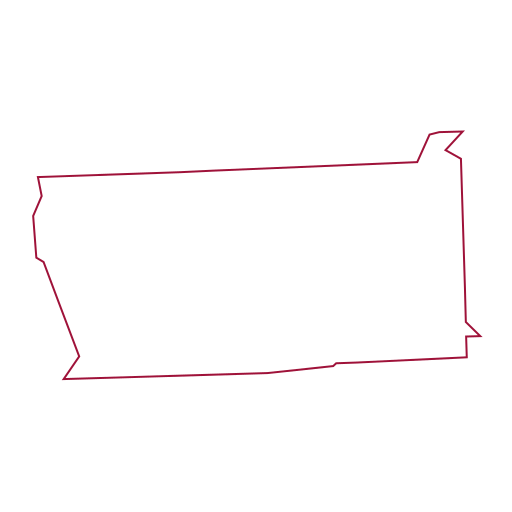 Dougherty, Georgia, United States of America (Albers equal-area conic projection), rotated 358°
{"feature_id": "52423323B49559413251956", "entity_name": "Dougherty", "entity_type": "district", "adm_level": 2, "iso_a3": "USA", "parent_name": "United States of America", "parent_adm1": "Georgia", "projection": "albers", "projection_center": [-84.195, 31.543], "detail": "fine", "context": "isolated", "style": "outline", "palette": "rose", "viewbox_px": 512, "rotation_deg": 358, "n_neighbors": 0, "source": "geoboundaries", "source_scale": "gbopen_adm2", "svg_char_len": 470}
<svg xmlns="http://www.w3.org/2000/svg" viewBox="0 0 512 512"><g transform="rotate(358 256 256)"><path d="M183.1,169.6L40.8,169.5L43.9,188.6L34.7,208.2L36.4,250.0L43.5,254.6L57.0,294.8L75.8,350.2L59.5,372.3L263.4,373.4L329.3,368.7L332.4,366.0L352.8,366.0L463.1,364.6L463.2,343.8L477.3,343.9L463.4,329.3L463.7,294.8L464.2,166.0L449.1,156.8L466.9,138.8L443.5,138.6L433.7,140.7L420.4,167.8L217.3,169.2L183.1,169.6Z" fill="none" stroke="#9f1239" stroke-width="2"/></g></svg>